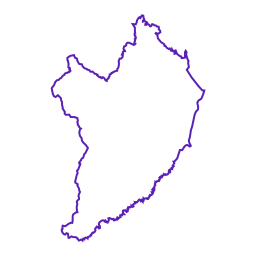 outline of Loreto, Orellana, Ecuador
{"feature_id": "8360857B25470470808554", "entity_name": "Loreto", "entity_type": "district", "adm_level": 2, "iso_a3": "ECU", "parent_name": "Ecuador", "parent_adm1": "Orellana", "projection": "equal_earth", "projection_center": [-77.401, -0.648], "detail": "fine", "context": "isolated", "style": "outline", "palette": "violet", "viewbox_px": 256, "rotation_deg": 0, "n_neighbors": 0, "source": "geoboundaries", "source_scale": "gbopen_adm2", "svg_char_len": 5747}
<svg xmlns="http://www.w3.org/2000/svg" viewBox="0 0 256 256"><path d="M77.7,184.2L77.4,185.5L78.8,188.2L79.2,189.6L79.2,190.6L80.0,191.9L78.9,194.3L78.5,196.1L79.1,198.3L79.0,199.2L77.4,200.6L76.8,201.7L77.3,204.2L76.7,206.6L76.9,210.3L77.4,212.2L76.1,212.3L73.2,214.4L72.7,216.0L72.6,221.6L72.2,222.9L71.2,222.7L68.9,223.6L65.3,226.2L62.7,225.7L62.4,227.3L62.6,228.9L61.8,229.5L61.7,230.5L62.6,232.8L64.1,234.3L65.2,234.6L66.4,233.2L67.9,233.7L68.5,237.8L69.4,237.8L71.4,236.4L73.3,237.1L75.7,237.2L76.5,237.5L77.1,238.4L77.6,238.4L77.9,239.3L79.0,240.6L81.2,239.5L82.6,240.6L83.3,238.5L83.9,238.5L84.5,239.1L84.8,238.2L85.8,237.5L86.8,238.0L87.3,237.8L87.7,238.3L88.0,236.9L89.9,236.4L90.6,235.0L91.1,235.3L92.3,232.8L93.0,232.5L93.5,232.8L93.9,232.2L94.6,232.0L95.5,230.4L95.1,228.9L96.8,226.6L97.8,227.4L98.2,227.1L99.0,228.4L100.0,227.9L99.8,225.9L99.0,224.9L98.9,223.8L99.5,222.3L101.0,221.1L102.4,220.3L103.2,220.3L104.3,221.0L105.2,220.3L105.7,221.0L105.2,221.8L107.5,222.6L107.7,221.6L108.3,221.6L108.9,219.9L108.4,218.3L109.6,218.0L111.9,219.2L113.6,218.8L113.9,219.3L113.6,220.0L113.9,220.4L115.6,220.1L116.7,218.5L117.1,219.4L117.4,219.5L117.6,218.8L117.2,218.2L117.4,217.5L118.5,218.5L119.6,217.3L120.5,217.2L120.5,216.5L120.1,215.8L120.3,215.1L122.1,215.3L122.3,214.1L124.1,214.2L123.0,212.8L122.9,210.8L123.8,210.4L124.7,210.6L125.1,210.2L126.6,212.0L127.9,211.0L127.3,209.3L127.4,209.0L128.2,209.0L128.0,207.8L128.6,207.6L128.4,207.2L129.5,207.0L130.1,207.4L131.2,206.6L131.3,205.8L132.2,206.9L133.5,206.5L133.0,204.6L134.3,203.6L135.1,203.5L134.9,202.5L135.4,202.8L135.6,202.0L136.4,202.0L136.2,202.5L137.1,202.3L139.0,199.7L139.6,199.5L140.4,200.3L140.8,199.3L140.8,201.2L141.6,200.9L142.4,201.7L142.3,200.2L143.4,200.9L143.7,200.3L143.8,199.6L143.2,199.4L143.4,198.2L144.0,198.8L146.3,198.2L147.2,199.0L147.5,199.0L147.9,198.3L148.4,198.6L149.1,197.4L149.2,196.2L150.1,195.9L150.1,194.9L151.4,195.0L152.5,194.0L152.0,192.8L152.9,193.2L153.1,192.8L152.2,192.3L152.2,192.0L153.9,190.8L153.6,190.5L153.3,191.0L152.9,191.0L152.8,190.1L152.2,189.7L153.3,188.3L154.4,188.9L154.5,188.2L154.1,187.1L154.6,186.4L154.8,185.4L155.3,185.1L154.8,184.0L155.2,183.2L155.3,181.7L156.3,182.1L157.2,181.1L158.5,181.0L158.7,180.5L159.1,180.8L159.8,179.5L159.6,178.7L160.0,178.3L159.7,177.9L160.1,177.8L160.1,177.0L161.0,177.1L161.3,176.3L161.9,177.2L162.2,176.8L162.2,175.9L162.9,175.7L163.8,174.0L164.9,174.9L165.7,174.2L166.2,174.4L166.1,174.8L166.8,174.7L167.7,174.3L168.6,173.3L168.8,171.2L169.1,171.4L169.0,171.8L169.2,172.1L170.1,172.2L170.1,170.6L169.7,169.7L171.0,169.0L172.0,169.1L171.7,167.9L172.7,167.7L172.9,167.0L172.7,166.1L173.6,166.0L173.1,165.1L174.3,163.2L173.6,161.7L174.3,161.7L177.2,158.4L179.9,150.0L182.2,150.1L184.7,146.2L186.2,145.2L187.5,145.0L189.8,146.5L190.6,146.2L190.7,145.5L189.1,142.2L188.8,140.3L189.9,137.1L190.9,130.3L192.1,126.6L194.7,114.5L196.1,111.4L197.7,109.9L198.1,108.8L198.1,106.1L197.5,104.0L197.4,102.5L198.5,100.5L201.1,98.9L201.7,97.9L203.4,93.7L204.3,90.5L202.4,90.4L198.8,86.5L191.6,77.4L186.8,69.8L188.9,67.1L188.1,63.0L188.5,61.0L187.7,59.7L186.0,53.9L186.6,52.4L186.1,51.4L185.7,50.8L185.0,52.1L185.0,57.6L181.9,58.2L181.5,58.0L181.4,56.8L181.0,56.3L180.0,56.2L177.1,54.0L175.7,50.6L174.7,51.6L175.3,52.6L175.0,53.7L174.5,53.8L174.3,50.8L173.4,50.6L172.6,51.0L171.9,49.3L171.5,50.6L171.1,50.7L169.8,48.5L168.9,49.0L166.9,47.9L165.4,45.9L164.5,45.9L164.2,44.2L161.1,42.2L158.6,39.3L157.7,37.7L157.6,36.0L157.1,34.8L155.6,33.4L156.0,32.9L158.0,33.9L160.4,32.2L160.1,30.6L158.8,29.5L158.9,27.8L158.6,26.7L157.1,26.6L156.1,25.6L154.9,25.5L152.8,24.2L151.9,24.3L151.5,25.6L150.6,26.4L150.1,26.3L149.0,24.7L148.0,24.1L147.4,24.1L146.4,24.8L145.3,24.8L145.4,23.9L146.8,23.1L147.1,22.4L145.3,21.6L144.7,20.9L142.9,21.6L142.9,20.8L144.2,19.1L143.6,18.1L143.3,15.7L142.6,15.4L141.8,15.5L140.3,18.2L139.7,18.0L139.5,17.3L138.8,17.6L136.9,20.6L136.8,22.0L135.8,24.3L132.7,24.1L134.9,27.6L134.9,31.2L135.2,32.9L134.7,33.2L134.5,34.9L134.8,35.4L135.3,35.5L135.2,36.5L136.0,37.7L134.9,38.7L135.3,39.4L134.9,40.1L135.1,41.0L134.6,41.7L134.3,43.3L135.3,43.8L134.5,44.7L133.6,44.9L129.4,42.8L127.6,42.7L126.4,43.7L126.1,45.4L125.4,46.0L124.2,46.3L123.5,48.5L124.3,50.5L124.9,50.6L125.0,51.2L123.5,51.2L122.8,52.0L123.0,53.7L122.2,54.0L121.9,54.7L122.8,54.9L122.6,56.9L121.3,58.5L119.6,58.7L118.7,61.2L119.0,63.9L118.6,66.5L118.2,67.9L117.2,69.2L117.2,70.7L114.2,71.5L113.6,72.2L112.9,72.2L112.2,73.0L111.5,72.9L110.9,74.1L109.7,74.4L109.6,76.2L108.9,76.8L108.8,77.9L107.8,78.5L107.7,79.2L106.9,79.7L106.8,80.9L105.7,80.6L104.3,78.2L103.4,77.4L102.7,77.3L102.2,77.9L101.6,77.5L101.2,78.0L100.0,76.9L99.3,77.1L97.6,75.8L97.6,74.9L96.9,74.9L96.8,74.4L95.9,73.9L94.7,73.7L92.6,71.6L90.4,71.7L89.2,70.0L87.3,69.7L86.7,68.9L84.8,68.4L84.0,67.8L82.5,66.1L81.9,64.3L79.1,63.9L77.3,60.7L77.0,58.6L75.0,57.8L74.0,55.1L70.2,55.9L67.4,57.8L67.4,60.0L68.1,60.9L68.0,61.9L68.6,63.7L68.4,67.4L69.4,67.9L69.3,68.7L69.9,68.6L69.8,69.5L70.5,70.8L69.5,71.9L69.0,71.5L67.4,72.9L66.7,72.8L65.2,73.4L64.6,74.0L64.5,74.8L63.0,75.6L60.9,78.2L59.8,78.6L58.7,79.9L56.8,80.3L55.3,82.0L54.0,85.2L52.0,87.7L51.7,88.5L52.9,94.1L53.9,96.2L55.6,97.0L57.9,95.2L60.8,98.1L61.3,100.7L62.0,102.1L62.1,105.4L62.7,107.0L62.6,108.4L64.9,112.0L64.6,113.4L64.8,113.8L65.9,114.8L69.3,114.7L70.7,117.0L74.5,117.1L77.3,118.0L77.9,120.6L77.3,122.2L77.9,123.6L77.7,124.7L79.0,126.3L79.2,127.0L80.1,128.3L80.9,128.6L79.7,130.1L79.4,132.2L79.3,133.1L80.0,135.9L81.7,138.4L81.9,140.5L83.0,142.3L86.0,145.2L87.9,148.0L85.4,153.1L84.2,154.3L83.2,157.7L81.7,158.6L80.8,160.6L79.5,161.9L79.1,162.8L79.2,163.5L80.2,163.6L80.2,164.4L78.1,169.7L77.0,170.7L77.6,173.2L76.7,175.3L75.1,181.9L75.5,182.8L77.7,184.2Z" fill="none" stroke="#5b21b6" stroke-width="2"/></svg>